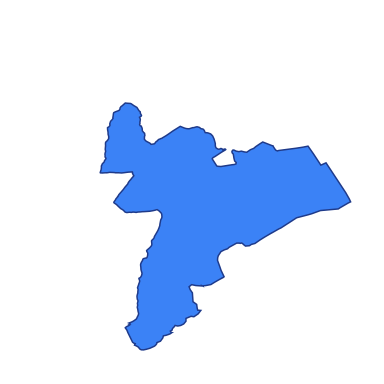 outline of Labuhan Batu Selatan, Sumatera Utara, Indonesia, rotated 58°
{"feature_id": "22746128B23995987640193", "entity_name": "Labuhan Batu Selatan", "entity_type": "district", "adm_level": 2, "iso_a3": "IDN", "parent_name": "Indonesia", "parent_adm1": "Sumatera Utara", "projection": "robinson", "projection_center": [100.002, 1.834], "detail": "fine", "context": "isolated", "style": "filled", "palette": "blue", "viewbox_px": 384, "rotation_deg": 58, "n_neighbors": 0, "source": "geoboundaries", "source_scale": "gbopen_adm2", "svg_char_len": 6093}
<svg xmlns="http://www.w3.org/2000/svg" viewBox="0 0 384 384"><g transform="rotate(58 192 192)"><path d="M124.9,203.8L123.7,204.2L122.0,204.4L119.9,203.0L119.1,202.0L117.1,201.1L116.8,201.1L116.0,201.5L115.2,201.5L114.2,201.7L113.7,201.6L111.7,200.6L111.1,200.4L110.3,200.4L109.5,200.1L109.2,200.1L108.7,200.6L108.5,200.8L107.8,200.8L107.1,200.7L106.8,200.5L106.1,199.6L105.0,199.2L104.5,198.5L102.8,197.2L100.8,196.9L100.8,195.6L100.7,194.8L100.6,194.6L100.2,194.2L99.3,194.2L98.0,194.1L96.5,193.4L95.3,193.8L94.1,193.9L91.1,193.9L87.8,195.6L86.1,196.3L85.0,196.8L84.5,197.1L84.2,197.4L82.1,200.3L81.5,201.0L81.2,201.4L81.2,201.7L81.9,205.7L81.9,206.8L82.5,208.3L83.7,209.4L84.1,210.3L84.0,211.6L83.4,214.5L83.3,215.7L83.3,216.4L83.9,217.1L86.1,218.9L86.8,219.6L87.5,219.8L87.9,220.4L88.3,221.3L88.9,223.6L90.5,225.5L90.9,225.8L91.6,226.0L91.9,226.2L92.3,226.7L92.8,228.4L92.6,229.3L92.7,229.6L94.7,230.7L95.9,231.1L96.4,231.4L97.2,231.7L98.4,232.5L100.9,233.3L102.4,234.3L102.8,234.8L103.2,235.7L103.7,237.2L103.9,238.4L104.1,238.9L104.3,239.1L105.2,239.8L107.3,241.0L107.6,241.3L109.9,243.0L111.5,243.6L112.0,243.9L113.0,245.1L113.8,245.8L114.8,246.2L116.1,247.1L116.9,247.2L117.6,247.0L118.0,247.2L118.4,247.8L118.8,248.9L119.0,249.5L119.8,250.3L120.1,251.0L120.5,252.8L120.8,253.5L121.3,254.0L121.6,254.7L122.4,255.4L123.0,255.8L123.6,256.0L124.2,256.7L124.9,257.2L126.1,258.7L127.0,259.6L127.4,259.4L128.5,257.7L129.5,255.8L130.8,253.6L131.7,251.4L132.1,250.8L134.4,247.5L135.0,246.9L136.9,243.9L138.5,241.7L139.3,240.1L141.4,235.5L143.1,232.4L143.4,232.0L143.8,232.0L144.3,232.4L144.6,232.5L145.0,232.7L145.7,232.6L146.3,232.8L147.1,232.6L147.5,232.9L147.6,233.2L147.8,234.0L148.2,234.8L148.2,235.3L148.4,236.0L149.1,237.6L149.2,238.3L149.8,240.0L150.6,241.6L151.1,242.1L151.3,242.7L152.4,246.3L153.5,249.0L155.5,255.5L156.4,256.8L156.3,257.4L156.7,257.6L157.5,260.2L158.1,261.1L159.1,263.5L159.4,263.8L159.8,263.9L162.6,262.7L163.9,262.4L164.8,262.2L168.5,261.2L169.5,260.6L171.5,259.7L172.2,259.7L173.5,259.4L174.5,258.6L175.0,258.0L176.0,255.8L177.2,254.2L177.6,253.0L178.0,252.3L178.6,251.5L179.4,250.6L179.9,249.8L180.0,249.3L180.5,248.2L181.6,246.2L182.3,244.7L183.5,242.6L185.9,238.1L187.2,234.9L187.9,232.9L188.2,231.6L188.5,230.9L190.7,229.9L193.5,229.3L194.1,229.3L194.9,229.5L196.9,230.5L197.9,231.3L198.4,232.1L198.9,233.0L199.3,233.5L202.2,236.2L203.5,237.2L205.0,239.1L206.5,241.2L207.7,243.4L209.9,247.6L210.3,247.8L210.8,248.5L211.4,250.1L211.7,251.7L211.9,252.1L212.5,252.5L214.8,253.6L215.6,254.2L215.9,254.6L216.4,255.7L216.9,257.5L217.4,260.8L217.7,261.6L218.3,261.8L220.3,261.9L220.7,262.1L222.2,263.2L223.5,264.6L223.8,265.3L223.8,265.8L223.3,266.6L223.2,267.3L222.9,268.0L222.8,268.6L222.8,268.9L223.2,269.6L223.6,270.0L223.9,270.4L224.1,270.8L224.5,271.5L224.8,272.3L225.2,272.6L225.5,273.2L226.1,273.9L227.4,274.7L228.4,275.1L230.8,276.4L231.4,276.6L234.0,277.3L234.8,277.7L236.3,279.3L237.0,280.7L237.1,281.1L237.2,281.7L237.0,282.5L237.1,282.8L237.6,283.0L239.2,283.3L240.0,283.7L241.1,284.9L241.8,285.9L242.3,286.4L244.2,288.8L244.4,289.0L245.9,289.3L246.5,289.7L248.3,291.1L248.9,291.4L249.7,292.4L250.9,293.6L251.6,294.1L253.9,295.2L255.1,295.3L255.7,295.5L256.0,295.7L257.5,297.3L257.9,297.5L258.7,297.8L259.4,298.2L260.5,299.3L260.9,299.6L262.6,300.1L264.9,301.1L266.4,301.5L266.9,301.8L268.0,302.9L269.1,304.8L269.7,305.6L270.2,306.5L270.4,309.2L270.4,310.7L270.2,312.4L269.7,314.9L270.3,314.5L271.3,314.4L271.2,315.2L271.5,314.9L271.7,315.1L271.8,315.5L271.5,319.1L271.8,320.6L274.6,320.4L277.3,320.9L287.9,322.0L289.8,321.2L290.5,320.5L291.4,321.9L293.1,320.7L294.5,320.0L295.2,319.7L297.4,319.5L298.9,318.7L300.2,316.8L301.2,314.0L302.2,310.5L302.7,306.7L302.8,306.0L302.8,305.0L302.5,303.6L301.9,302.2L301.1,301.6L301.8,297.8L300.3,294.1L298.8,292.5L299.7,290.1L300.3,287.7L300.7,285.7L300.6,283.7L300.4,284.0L298.5,284.1L298.5,281.9L297.8,281.4L297.4,280.7L296.8,278.3L296.2,277.1L298.1,275.1L299.2,272.3L299.5,269.0L298.4,265.6L296.0,264.1L296.9,258.7L298.8,256.5L298.6,251.3L297.1,247.3L295.2,249.8L293.1,249.1L289.8,247.6L285.6,249.3L277.7,245.1L273.9,245.3L270.8,244.7L270.4,241.4L273.3,238.4L276.7,233.7L276.3,233.5L277.3,232.8L277.2,232.8L278.6,230.0L280.5,225.0L280.5,220.9L280.7,215.5L281.0,211.3L280.9,211.3L281.0,210.9L280.9,209.7L273.9,208.9L269.6,207.9L263.5,206.6L261.3,205.0L259.9,203.4L257.9,199.0L258.2,195.2L259.0,191.9L258.6,190.2L258.6,189.1L259.0,181.2L260.5,178.8L261.1,178.4L261.4,177.2L262.3,176.5L264.0,176.1L266.2,175.3L268.0,171.7L267.9,169.4L269.0,165.9L268.7,159.8L268.7,154.1L268.9,146.0L269.0,146.0L269.1,143.2L269.3,138.2L269.6,135.6L269.3,116.9L272.7,106.1L273.9,101.9L275.8,92.9L283.9,76.9L283.8,75.1L284.1,65.6L284.4,62.7L281.2,62.3L274.1,62.0L238.3,62.9L237.5,68.5L224.2,68.8L214.6,69.3L212.8,74.1L210.1,80.4L203.2,95.5L202.7,96.6L202.5,97.7L201.2,98.7L200.3,98.9L197.0,99.0L195.9,98.8L194.9,99.7L187.1,105.5L187.1,108.5L187.3,113.9L187.7,116.6L187.3,118.8L187.1,120.2L187.3,124.5L186.0,126.1L185.1,127.0L183.5,128.5L182.6,130.9L180.6,133.0L178.8,134.1L178.1,135.0L178.4,136.1L179.1,136.9L180.5,137.2L181.7,136.9L185.8,138.6L188.3,139.4L190.4,138.9L191.5,139.9L191.0,141.8L190.5,142.7L185.7,154.0L183.7,156.7L183.0,157.2L174.9,157.3L174.5,157.2L174.3,157.0L174.0,155.8L174.1,153.7L173.9,146.2L174.0,141.4L173.9,140.9L173.4,140.9L173.0,141.3L172.6,142.1L172.6,143.6L171.4,143.6L170.4,144.4L170.2,146.0L169.8,146.8L169.2,147.3L168.5,147.7L167.3,148.2L165.9,148.0L164.4,147.3L163.4,146.6L161.1,145.9L158.7,145.2L155.5,144.8L153.3,145.2L152.5,145.5L150.4,147.1L149.6,148.0L148.7,149.3L147.3,149.2L146.7,149.0L146.2,149.0L145.0,149.1L144.4,149.4L143.6,150.2L143.3,150.7L142.0,151.2L141.3,151.4L139.8,152.7L139.4,153.2L139.0,154.0L138.4,156.2L137.8,157.3L137.3,159.2L136.9,160.8L136.4,161.7L135.1,163.3L133.8,164.5L130.1,167.2L130.1,175.9L130.4,181.4L130.5,184.6L130.4,188.3L130.5,189.1L130.2,189.9L130.0,191.5L129.8,192.1L129.9,193.3L130.2,194.1L130.3,195.7L130.5,196.5L130.9,197.4L131.2,198.2L130.8,199.4L129.9,201.5L129.0,201.6L128.1,201.9L124.9,203.8Z" fill="#3b82f6" stroke="#1e3a8a" stroke-width="1.5"/></g></svg>